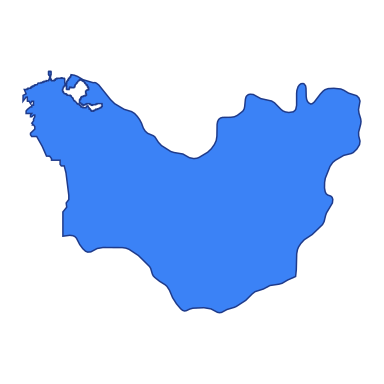 Pepillo Salcedo, Monte Cristi, Dominican Republic
{"feature_id": "3306468B50273300961313", "entity_name": "Pepillo Salcedo", "entity_type": "district", "adm_level": 2, "iso_a3": "DOM", "parent_name": "Dominican Republic", "parent_adm1": "Monte Cristi", "projection": "equal_earth", "projection_center": [-71.693, 19.654], "detail": "fine", "context": "isolated", "style": "filled", "palette": "blue", "viewbox_px": 384, "rotation_deg": 0, "n_neighbors": 0, "source": "geoboundaries", "source_scale": "gbopen_adm2", "svg_char_len": 5567}
<svg xmlns="http://www.w3.org/2000/svg" viewBox="0 0 384 384"><path d="M295.6,276.5L296.3,269.8L296.7,253.7L297.5,249.5L298.6,246.9L300.8,243.5L304.3,239.7L312.2,234.5L322.5,224.6L324.1,221.6L325.6,215.4L326.5,212.9L332.4,203.0L332.8,199.4L332.1,197.3L330.8,196.1L327.7,195.0L326.2,193.8L325.2,191.8L324.5,188.0L324.6,182.4L325.3,178.2L330.0,166.4L332.7,162.5L335.3,160.3L343.7,155.4L351.3,153.5L353.3,152.5L356.9,149.0L359.5,144.7L360.0,141.1L358.7,135.9L358.6,132.2L360.7,124.1L361.0,121.5L360.7,118.9L359.0,113.3L358.5,109.6L360.0,101.1L358.9,97.9L356.7,95.7L348.5,93.1L343.9,90.3L340.8,89.0L333.9,88.3L328.2,88.6L325.0,89.7L323.0,91.2L320.4,94.0L314.3,102.0L312.2,103.7L310.7,104.0L308.6,102.8L307.4,101.3L306.6,99.2L306.2,96.5L306.0,88.3L305.6,85.9L304.1,83.9L303.1,83.5L301.0,83.7L299.4,84.9L298.1,86.7L296.9,90.4L296.6,93.4L296.6,105.4L295.8,109.1L295.2,110.2L293.3,111.8L288.8,112.5L285.3,111.9L282.9,110.9L280.9,109.3L274.5,102.8L271.6,101.0L260.8,98.6L253.3,94.5L250.2,94.2L248.3,94.6L246.6,96.0L246.0,97.0L245.4,99.2L244.7,106.4L244.2,108.8L243.1,110.8L241.5,112.2L237.3,115.4L234.3,116.8L230.7,117.3L222.6,117.4L220.5,118.0L218.7,119.4L217.6,121.6L217.1,124.3L216.9,136.2L216.2,140.6L214.4,144.5L211.3,148.8L207.6,152.3L199.1,157.4L197.1,158.2L193.8,158.6L189.4,157.7L182.9,154.0L174.0,152.5L170.8,151.5L161.5,145.6L158.4,142.3L154.9,136.9L153.3,135.7L147.6,133.3L145.2,131.1L143.3,128.1L141.5,123.2L139.6,119.6L137.3,116.4L134.6,113.5L131.6,111.6L124.1,109.3L114.7,103.7L110.5,99.6L98.8,85.0L96.3,83.1L95.0,82.6L93.1,82.7L83.1,79.7L77.5,76.4L74.3,75.2L71.2,74.7L71.2,75.4L70.8,75.4L70.7,76.5L70.3,76.6L70.4,77.2L69.9,77.2L69.5,78.3L68.6,78.3L68.6,79.5L68.2,79.5L68.2,80.2L67.7,80.1L67.3,81.3L66.8,81.3L66.7,83.6L66.4,83.6L66.4,86.6L66.7,86.5L66.4,88.9L66.8,88.9L66.9,89.5L69.0,89.5L69.0,88.9L69.5,88.7L69.5,87.7L69.9,87.7L69.9,87.1L71.6,87.3L71.6,87.7L73.8,87.7L73.8,87.3L74.7,87.1L74.7,86.0L75.1,85.9L75.1,84.8L76.0,84.2L76.5,83.0L76.9,83.1L76.9,82.5L77.8,81.9L77.8,81.3L79.1,80.7L79.1,80.1L79.9,80.1L79.9,79.5L81.2,79.5L81.2,80.1L82.0,80.1L82.1,80.7L83.0,80.6L83.0,81.3L83.9,81.3L83.9,81.9L84.7,82.5L84.7,83.0L85.2,83.0L85.2,83.6L86.1,84.2L86.1,84.8L86.9,84.8L86.9,85.4L87.4,85.4L87.4,86.6L87.8,86.6L87.8,87.1L88.2,87.1L88.2,87.7L88.6,87.7L88.7,89.5L87.9,89.5L87.8,90.1L86.5,90.1L86.1,91.2L85.6,91.2L85.6,93.0L86.0,93.0L86.1,94.2L86.4,94.1L86.5,94.8L86.1,94.8L86.1,95.4L85.2,95.3L85.2,95.9L83.4,95.9L83.4,96.5L81.7,96.6L81.7,97.1L81.2,97.1L81.2,97.7L80.8,97.7L80.8,98.9L80.4,98.9L80.4,99.5L79.9,99.4L79.9,100.0L79.5,100.0L79.5,102.4L79.9,102.4L80.0,103.0L80.8,103.0L81.2,104.2L82.1,104.1L82.1,104.7L83.0,104.7L83.0,105.3L83.9,105.3L83.9,104.7L85.6,104.7L85.6,104.1L86.9,104.1L86.9,103.6L89.5,103.6L89.5,104.1L90.4,104.1L90.4,104.7L91.8,104.7L91.7,105.3L92.6,105.3L92.6,104.7L95.7,104.7L95.7,104.2L97.0,104.1L97.0,103.6L101.8,103.6L101.8,104.1L102.1,104.1L102.2,106.4L101.4,106.4L101.4,107.6L100.1,107.6L100.0,108.2L98.8,108.4L98.7,108.8L97.4,108.8L97.4,109.4L95.7,109.3L95.7,110.0L94.4,110.1L94.4,110.6L93.5,110.6L93.5,111.2L91.7,111.2L91.7,110.6L90.8,110.6L90.9,110.0L90.0,109.4L90.0,108.8L89.1,108.9L89.1,107.7L88.3,107.1L88.2,106.5L87.8,106.5L87.8,105.9L87.4,105.9L87.4,106.5L86.5,106.5L86.1,107.7L83.0,107.7L83.0,107.1L81.2,107.1L81.2,106.5L80.8,106.5L80.4,105.5L79.5,105.3L79.1,104.1L77.8,104.1L77.8,103.6L76.9,103.6L76.4,102.4L74.7,101.2L74.7,100.6L73.8,100.6L73.0,98.3L72.6,98.4L72.5,97.7L71.6,97.1L71.2,95.9L70.3,95.9L70.3,95.3L67.3,95.3L67.2,94.8L66.8,94.8L66.7,94.2L66.0,94.2L66.0,93.7L64.2,93.6L63.7,92.5L63.4,92.4L63.4,91.8L62.9,91.8L62.8,90.7L62.5,90.7L62.5,89.5L62.8,89.5L63.4,87.1L63.8,87.1L64.2,86.0L64.7,86.0L64.7,85.4L65.0,85.3L65.0,82.5L64.7,82.5L64.7,78.9L64.2,78.8L64.2,78.3L62.0,78.3L62.0,77.8L61.2,77.8L61.2,78.3L56.8,78.3L56.8,78.9L55.5,78.9L55.4,79.5L55.1,79.5L55.1,80.2L54.2,80.1L54.2,80.7L51.6,80.7L51.5,80.1L51.1,80.1L51.2,79.5L50.7,79.5L50.7,78.3L50.3,78.3L50.2,76.0L50.7,76.0L50.7,74.8L51.1,74.7L51.1,71.9L50.7,71.9L50.7,71.3L48.9,71.3L48.9,71.9L48.5,71.9L48.5,74.2L48.9,74.2L48.9,75.4L49.8,76.0L49.8,78.3L49.4,78.3L49.4,79.5L48.9,79.5L48.5,80.7L46.3,80.6L46.3,81.3L44.1,81.3L44.1,81.9L42.8,81.9L42.8,82.5L41.1,82.5L41.1,83.0L38.1,83.1L37.1,84.7L35.0,84.8L35.0,85.3L34.1,85.4L34.1,86.0L32.8,86.0L32.8,86.6L31.9,86.5L31.9,87.1L31.0,87.1L31.0,87.7L30.6,87.7L30.6,88.3L28.0,88.2L28.0,88.9L27.1,88.9L27.1,89.5L24.3,89.5L26.1,93.8L23.1,95.4L23.0,101.2L26.1,97.1L27.3,97.1L27.4,101.2L29.2,101.3L30.5,103.6L31.7,101.3L33.5,101.3L33.5,105.1L31.7,105.1L31.7,106.9L30.5,106.9L27.4,109.4L26.1,111.0L26.1,113.5L31.7,113.5L30.5,115.1L30.5,116.8L31.7,116.8L33.6,115.1L34.8,115.1L34.8,116.8L33.5,119.2L33.6,120.8L31.8,123.2L32.7,124.0L32.4,125.0L33.6,125.0L34.8,126.6L34.8,129.1L30.5,133.2L30.5,134.8L31.7,136.5L36.7,136.5L42.2,146.3L46.5,156.1L49.7,156.2L51.5,158.6L51.5,160.2L60.1,160.2L60.1,164.3L61.3,165.9L64.2,165.9L66.0,172.9L68.8,195.4L68.8,199.5L66.2,203.0L66.7,207.2L62.9,211.9L62.9,236.2L69.8,235.3L73.0,235.7L74.9,236.6L76.4,238.1L79.7,244.5L82.8,248.7L85.5,251.2L87.6,252.1L90.8,251.9L97.2,248.5L102.9,247.5L122.3,247.6L125.8,248.1L129.0,249.3L138.4,255.5L149.6,266.6L150.7,268.5L152.3,273.9L153.2,275.8L154.7,277.4L159.6,281.3L165.2,284.8L166.9,286.3L169.5,290.3L172.6,297.7L176.4,303.7L180.7,308.8L182.5,310.3L184.5,311.0L186.3,310.7L189.7,309.1L192.9,308.2L203.9,307.7L211.0,308.9L217.4,312.3L219.5,312.7L221.6,312.4L227.0,309.5L234.4,307.3L236.4,306.4L245.8,300.3L252.1,294.0L255.0,291.7L263.4,289.0L270.0,285.5L278.9,284.2L282.1,283.3L287.7,280.0L295.6,276.5Z" fill="#3b82f6" stroke="#1e3a8a" stroke-width="1.5"/></svg>